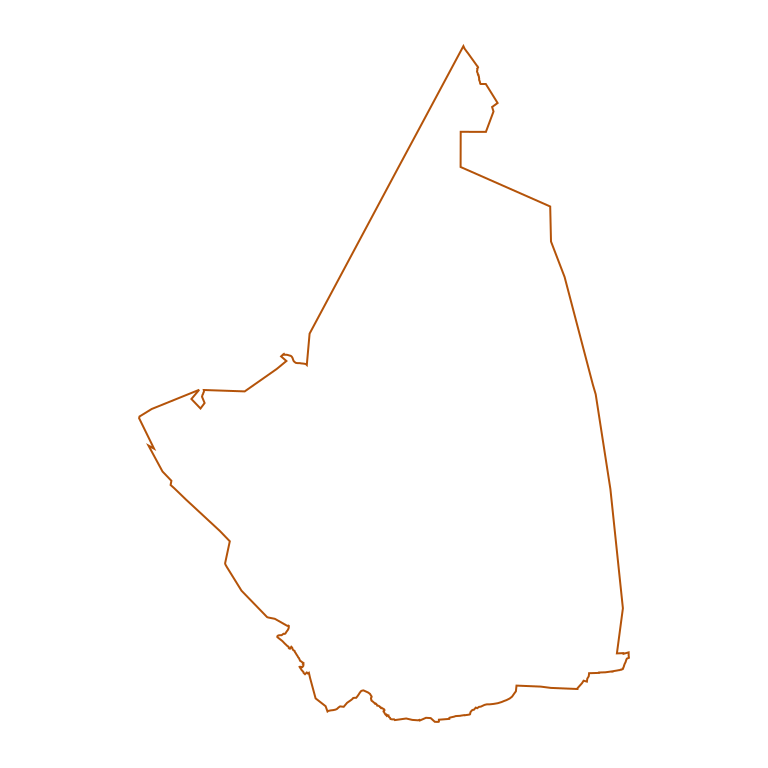 San Juan de Guadalupe, Durango, Mexico
{"feature_id": "50627088B55888965347329", "entity_name": "San Juan de Guadalupe", "entity_type": "district", "adm_level": 2, "iso_a3": "MEX", "parent_name": "Mexico", "parent_adm1": "Durango", "projection": "robinson", "projection_center": [-102.803, 24.72], "detail": "fine", "context": "isolated", "style": "outline", "palette": "amber", "viewbox_px": 768, "rotation_deg": 0, "n_neighbors": 0, "source": "geoboundaries", "source_scale": "gbopen_adm2", "svg_char_len": 5849}
<svg xmlns="http://www.w3.org/2000/svg" viewBox="0 0 768 768"><path d="M284.0,354.0L283.3,354.7L283.1,354.5L281.1,356.4L286.4,361.0L276.8,368.9L244.7,391.4L203.8,390.0L203.9,390.4L203.9,390.9L203.9,391.6L203.7,392.3L203.4,392.7L203.3,393.1L203.2,393.5L203.0,394.1L202.6,394.7L202.4,395.2L202.3,395.6L202.3,395.9L202.2,396.2L202.0,396.7L204.6,403.0L200.5,408.5L191.4,399.0L199.2,389.8L151.7,409.0L139.5,416.5L139.1,418.2L154.0,448.6L148.5,445.6L162.5,471.5L171.4,480.8L170.6,485.0L174.2,488.2L186.0,499.6L219.9,531.0L229.8,541.3L225.1,563.3L225.4,564.5L226.7,566.8L241.5,590.7L266.6,616.6L267.1,617.1L268.2,617.5L274.8,618.8L286.8,625.6L287.9,626.0L288.0,625.8L288.3,625.6L288.8,625.9L288.8,627.2L288.5,628.6L287.9,629.8L287.6,630.3L287.1,630.9L286.8,631.3L286.1,632.3L285.7,633.0L285.5,633.4L284.9,633.8L284.4,633.9L283.8,633.7L283.3,633.9L282.3,634.7L281.6,635.2L281.2,635.2L280.5,635.2L279.9,635.2L279.2,635.3L278.5,635.4L277.9,635.7L277.4,636.2L277.3,636.5L277.4,637.2L282.3,641.0L285.1,643.9L285.6,644.3L287.2,645.9L288.1,646.4L288.4,646.7L288.7,647.1L288.7,647.9L289.0,648.3L289.6,648.6L290.0,648.7L291.3,646.8L292.2,647.7L292.4,648.5L292.7,649.3L293.1,649.9L293.6,650.4L294.5,650.8L294.7,651.3L294.9,652.0L295.3,652.5L295.8,653.3L296.6,654.7L297.2,655.5L297.6,656.2L298.3,657.5L298.9,658.0L299.2,658.7L299.6,659.6L299.9,660.3L300.3,661.0L300.9,661.2L301.7,661.9L302.4,662.3L303.3,662.9L302.9,663.4L302.8,663.9L303.5,664.2L303.3,665.9L302.9,666.4L302.4,666.6L302.3,667.1L301.8,667.1L301.0,667.0L300.0,666.7L299.6,666.9L300.6,668.5L301.1,669.1L301.4,669.8L302.2,670.7L303.4,672.0L303.6,672.9L305.0,674.2L306.8,672.5L307.9,673.5L308.9,672.8L310.0,677.7L315.6,698.4L325.6,706.2L327.5,711.5L328.3,710.9L330.7,710.4L333.3,710.1L335.5,709.6L336.9,709.0L338.5,707.5L340.1,706.4L343.7,706.8L347.1,702.8L351.0,700.1L352.5,698.9L353.2,698.0L353.9,697.9L354.9,697.8L356.2,697.8L357.4,696.3L358.8,694.3L359.6,693.0L360.9,691.3L361.4,690.9L362.6,690.5L362.9,690.5L363.5,690.4L368.1,692.5L370.0,693.9L371.3,696.1L371.6,696.4L371.6,697.0L371.2,697.5L371.0,698.1L371.1,698.4L371.1,698.6L371.0,698.8L371.1,699.1L371.4,699.9L371.3,700.1L371.4,700.4L371.5,700.6L371.8,700.9L372.2,701.1L372.5,701.3L372.7,701.5L373.1,701.8L373.3,702.0L373.5,702.2L373.8,702.5L374.4,702.9L374.6,703.2L374.7,703.3L374.9,703.3L374.9,703.5L375.0,703.7L375.1,703.8L375.3,703.7L375.6,703.5L376.0,703.7L376.2,704.2L376.5,704.3L376.8,704.6L377.2,705.4L377.3,705.7L378.2,705.7L378.5,705.8L379.1,706.1L379.8,706.6L379.9,706.8L380.0,707.1L380.4,707.2L380.9,707.9L381.2,707.7L381.4,707.7L381.7,707.8L381.8,708.1L381.9,708.3L382.8,708.5L383.3,708.9L383.6,709.0L384.0,709.2L384.2,709.5L384.4,709.8L384.5,710.1L384.4,710.4L384.1,710.7L383.7,710.9L383.5,711.2L383.5,711.4L383.6,711.7L384.1,712.1L384.4,712.6L384.6,713.2L384.7,713.5L385.1,714.0L385.5,714.6L385.9,715.0L386.3,715.2L386.5,715.5L386.7,715.1L386.8,715.3L387.1,715.6L387.4,715.1L387.6,715.2L388.1,715.4L388.5,715.4L388.6,716.0L389.0,717.0L390.1,717.9L390.3,718.6L390.5,719.0L392.2,719.4L393.0,719.3L394.1,719.3L394.8,720.1L406.2,718.5L412.3,719.9L417.9,720.3L419.3,719.9L419.4,720.5L419.6,720.6L426.0,717.8L430.7,718.1L434.8,721.8L438.2,721.9L438.9,721.6L438.9,719.7L449.3,718.9L449.4,717.8L450.0,717.6L450.3,717.5L454.3,716.6L455.6,716.1L456.9,716.0L460.3,715.8L461.0,715.6L461.8,715.5L464.4,715.1L464.6,715.3L466.3,715.0L467.3,714.9L469.7,714.5L470.1,714.1L470.4,712.3L471.2,711.2L472.0,710.3L472.7,709.9L473.8,709.8L475.8,707.6L477.2,708.2L478.9,706.9L480.9,706.6L484.5,704.9L487.0,704.3L490.0,704.3L493.7,703.9L497.8,703.2L501.7,702.0L503.8,701.1L506.5,700.1L509.7,698.5L512.1,696.6L514.4,693.3L515.6,691.7L515.9,691.3L516.5,685.6L540.7,686.6L550.8,687.9L577.5,689.0L577.6,688.1L582.0,683.2L583.6,680.7L586.9,681.6L587.3,678.6L588.7,676.4L589.0,674.2L589.1,673.2L599.1,672.9L599.1,672.5L605.3,672.3L607.6,672.0L612.5,671.3L612.5,671.6L613.0,671.5L613.6,671.1L614.1,671.0L616.6,670.6L619.2,670.1L619.4,670.1L619.7,670.1L620.0,670.0L620.3,669.8L620.6,669.7L620.8,669.6L621.4,669.7L621.8,669.4L622.3,669.3L622.6,669.2L622.8,669.0L622.8,668.7L623.0,668.7L623.2,668.1L623.4,667.5L623.9,666.5L623.9,666.0L624.1,665.4L624.4,664.8L624.4,664.5L625.0,663.2L625.3,662.7L625.5,662.3L626.4,659.5L626.9,658.6L628.9,657.8L628.6,655.0L628.7,654.3L628.6,653.4L628.6,652.4L623.5,653.8L623.4,653.1L619.3,653.3L616.9,653.4L622.9,608.3L610.4,489.1L595.7,394.3L592.9,384.8L564.6,277.0L551.0,241.5L550.2,206.5L460.6,167.0L460.7,131.8L485.9,131.9L493.5,111.5L492.1,107.0L497.6,103.0L485.8,84.0L480.6,84.0L480.4,83.9L480.3,83.6L480.1,83.2L480.1,82.9L480.1,82.7L480.0,82.4L480.0,82.2L479.8,81.7L479.6,81.0L479.4,80.7L479.2,80.1L479.3,80.0L479.1,79.5L479.1,79.1L479.1,78.8L479.2,78.5L479.1,78.3L479.1,78.1L479.0,77.8L479.0,77.0L478.8,76.8L478.8,76.5L478.7,75.9L478.6,75.6L478.4,75.5L478.3,75.3L478.4,75.2L478.4,74.9L478.1,74.8L478.1,74.5L477.9,74.4L477.8,74.0L477.8,73.5L477.7,73.1L477.5,72.8L477.3,72.5L477.2,72.1L477.0,71.4L477.1,71.2L477.1,70.7L477.3,70.3L477.4,70.0L477.4,69.6L477.3,69.2L477.1,68.8L477.2,68.6L477.5,68.2L477.9,67.8L478.1,67.6L478.1,67.4L477.9,67.0L477.7,66.7L477.6,66.4L477.3,66.2L476.5,65.1L471.2,57.7L467.9,53.1L466.8,51.7L464.6,48.7L463.4,46.1L417.3,132.2L397.8,168.5L329.8,295.8L309.6,333.6L306.8,365.0L306.7,364.9L306.3,364.5L306.1,364.3L305.9,364.1L305.6,364.0L305.1,363.9L304.1,363.7L302.4,363.5L301.2,363.4L300.6,363.3L300.3,363.2L300.2,363.2L299.8,363.1L299.1,363.1L297.9,363.1L297.4,363.1L296.0,362.9L295.7,362.8L295.3,362.5L295.0,362.3L294.2,361.6L293.9,361.3L293.6,360.9L293.1,359.7L292.9,359.1L292.7,358.5L292.7,358.3L292.5,358.0L292.1,357.2L291.8,356.8L291.6,356.5L291.3,356.3L291.1,356.1L290.8,355.9L290.3,355.7L290.1,355.7L289.7,355.6L288.5,355.2L288.1,355.1L287.0,354.8L286.4,354.8L286.0,354.7L285.0,354.8L284.7,354.8L284.5,354.7L284.3,354.5L284.2,354.3L284.0,354.0Z" fill="none" stroke="#b45309" stroke-width="2"/></svg>